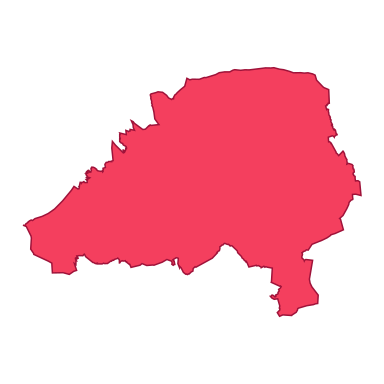 San Miguel de Allende, Guanajuato, Mexico (Robinson projection)
{"feature_id": "50627088B14909927143163", "entity_name": "San Miguel de Allende", "entity_type": "district", "adm_level": 2, "iso_a3": "MEX", "parent_name": "Mexico", "parent_adm1": "Guanajuato", "projection": "robinson", "projection_center": [-100.76, 20.913], "detail": "fine", "context": "isolated", "style": "filled", "palette": "rose", "viewbox_px": 384, "rotation_deg": 0, "n_neighbors": 0, "source": "geoboundaries", "source_scale": "gbopen_adm2", "svg_char_len": 5960}
<svg xmlns="http://www.w3.org/2000/svg" viewBox="0 0 384 384"><path d="M279.6,316.3L282.8,314.9L291.7,315.5L292.0,315.0L296.2,312.3L297.5,310.0L297.7,308.7L298.3,308.2L306.8,305.7L313.5,304.6L315.5,303.8L317.7,303.5L318.2,295.1L311.9,286.9L310.1,283.1L309.4,279.2L312.6,260.3L305.8,259.5L304.6,260.3L304.3,260.9L304.0,259.9L301.9,257.9L301.9,256.3L302.5,254.6L302.0,252.7L302.6,252.6L303.2,251.6L305.5,250.8L306.3,249.8L308.2,250.1L312.0,244.3L322.4,240.1L327.1,237.8L330.6,235.4L330.8,234.8L335.1,233.5L343.4,229.8L340.5,219.2L339.6,218.5L343.0,215.5L346.8,208.7L348.7,204.6L349.1,202.4L351.0,200.2L352.7,199.5L352.9,199.0L352.6,197.2L352.5,194.4L355.8,194.2L361.0,195.5L359.7,181.8L358.0,180.7L355.5,180.9L355.1,178.6L355.1,176.4L353.7,175.5L353.6,174.7L353.0,174.0L353.3,172.8L354.3,172.0L353.9,169.2L353.1,168.9L353.0,167.2L352.7,166.8L353.0,165.7L352.0,164.5L348.5,163.4L346.9,164.1L347.2,162.8L346.8,160.7L346.9,159.4L346.4,159.0L344.9,155.9L344.5,153.6L343.3,151.4L343.0,151.1L338.7,155.6L337.3,153.8L336.1,152.9L336.1,152.1L331.3,143.4L330.9,143.5L330.8,142.8L330.2,142.2L328.9,141.4L328.6,141.6L328.3,137.2L332.3,135.8L333.3,136.2L334.2,137.1L334.2,136.6L336.0,135.3L336.2,134.8L337.1,134.7L337.0,134.2L336.2,133.7L335.4,130.1L334.6,129.4L334.5,130.1L333.9,129.9L332.7,127.5L332.7,126.4L331.6,125.6L331.6,125.1L332.3,125.3L332.4,124.6L330.8,121.5L331.1,120.0L330.2,119.1L330.4,117.9L329.9,117.2L330.1,116.7L328.9,114.8L328.7,112.4L328.4,111.8L328.5,109.5L327.4,109.1L326.7,109.6L325.6,106.0L327.0,105.5L326.8,104.6L328.0,104.1L328.2,103.2L329.3,103.2L328.7,89.6L323.9,87.6L322.8,86.7L316.6,80.2L315.1,75.1L312.6,73.9L308.0,72.8L304.3,73.1L300.6,72.7L293.4,72.8L289.6,71.4L283.6,69.7L279.6,69.2L273.9,67.7L270.9,68.0L265.5,67.9L249.2,69.9L245.0,69.8L240.7,70.3L234.8,69.7L233.1,70.1L229.7,71.9L224.5,71.9L219.2,72.7L215.7,74.6L206.0,77.6L204.2,77.5L199.3,79.3L192.3,79.2L189.8,79.8L186.9,78.3L184.7,86.3L180.6,89.6L177.0,92.9L176.4,93.8L174.9,94.9L173.8,96.9L173.5,98.8L172.5,98.5L171.7,99.5L168.5,97.9L166.6,95.3L162.6,92.3L158.0,91.8L155.9,92.6L151.0,93.9L150.3,94.8L150.5,96.0L150.9,96.5L150.8,98.6L151.7,101.2L151.6,103.1L152.3,104.8L151.9,105.7L152.7,106.9L153.9,112.0L154.8,118.9L158.9,124.6L151.1,125.4L150.1,124.9L149.4,125.8L148.9,125.7L145.4,129.2L142.8,129.5L134.4,123.3L133.2,121.7L131.3,120.7L133.0,124.5L133.3,127.7L134.5,130.3L130.1,129.4L130.0,131.0L129.2,131.1L128.6,131.6L128.1,131.2L125.9,130.4L126.3,134.6L119.8,133.0L120.2,133.9L120.1,134.5L119.7,134.5L119.7,137.1L119.9,137.9L120.3,138.1L120.2,138.9L119.7,138.8L119.7,141.7L120.4,142.0L121.0,142.9L122.7,143.5L123.0,144.6L123.5,145.1L126.1,146.5L126.6,148.1L126.5,148.5L125.7,148.3L125.8,149.4L125.3,150.8L123.2,150.0L123.1,150.5L124.0,150.9L123.6,152.0L124.6,151.8L124.5,152.4L123.3,152.9L115.5,145.2L112.4,141.4L111.8,148.0L113.1,160.6L111.0,161.3L111.2,161.6L108.7,161.5L107.7,162.3L106.2,162.4L104.9,164.3L105.4,167.5L103.0,168.3L103.4,169.5L103.1,170.2L102.6,170.3L102.5,171.1L103.0,171.4L102.7,171.9L102.2,170.8L102.2,171.4L101.1,171.1L100.8,171.4L97.8,170.8L96.9,170.1L96.5,169.1L95.7,168.8L95.0,168.0L93.5,167.3L91.8,167.1L91.4,167.5L91.6,168.1L90.9,168.8L91.4,170.5L90.7,171.5L91.2,172.5L90.5,172.0L89.7,172.1L89.7,171.6L88.8,170.4L87.5,172.1L88.0,172.4L88.1,172.8L87.1,173.3L87.2,171.2L86.5,171.8L86.2,172.9L85.8,173.2L86.5,173.4L86.0,174.7L87.1,175.9L87.3,176.9L86.4,177.4L87.2,178.2L88.4,178.2L88.6,177.4L89.8,177.8L87.5,179.4L86.1,179.5L86.6,180.1L87.4,180.6L87.1,181.9L87.2,182.5L84.8,182.6L83.9,181.6L83.0,182.1L82.8,182.5L81.5,182.4L81.3,183.0L81.0,182.4L80.2,182.3L79.3,186.2L78.9,186.6L79.4,187.0L78.9,188.8L77.8,188.9L74.0,186.4L71.4,190.3L62.6,200.9L54.6,209.0L48.2,213.5L42.1,216.4L35.0,218.6L32.5,220.5L31.2,220.0L29.5,220.9L28.0,222.0L27.9,222.5L25.9,223.8L25.1,225.4L23.0,225.2L26.3,226.5L31.0,236.0L31.4,238.0L30.7,249.1L33.7,253.5L33.8,254.4L48.4,261.2L51.8,263.1L52.4,272.9L63.1,272.7L69.3,274.4L73.8,271.3L76.6,270.4L74.4,263.5L75.9,264.6L75.9,260.7L76.5,260.8L75.7,259.4L77.1,258.8L76.7,258.3L75.6,258.9L75.4,258.2L76.1,257.7L77.2,258.6L78.1,258.3L77.9,257.7L77.2,257.3L76.8,256.0L77.8,256.1L77.9,255.8L78.8,255.6L82.7,255.7L83.1,255.6L83.7,254.5L84.4,254.2L85.7,256.7L92.9,262.5L93.8,262.6L95.4,263.6L96.7,263.3L96.5,263.6L96.8,263.9L102.2,263.9L103.7,263.2L104.5,263.6L107.5,263.5L110.9,261.0L111.6,261.2L112.3,260.2L113.7,260.3L114.2,259.5L117.4,258.5L117.8,258.1L119.3,259.7L119.4,262.9L119.7,262.9L120.7,261.4L121.7,260.9L122.6,260.7L123.0,261.1L125.2,260.7L125.2,261.2L125.7,261.7L126.6,261.7L126.7,262.3L129.2,264.3L129.3,264.1L129.8,264.3L131.0,267.4L140.1,265.2L142.0,263.6L146.8,265.5L152.7,265.0L154.0,265.2L162.2,262.2L166.9,259.5L171.6,261.2L172.2,263.0L171.8,264.2L173.2,265.3L173.9,264.8L173.9,264.5L174.8,264.4L174.2,261.3L173.6,260.2L173.5,260.6L172.9,259.8L176.2,257.7L178.0,258.1L178.3,258.5L177.9,263.7L179.6,267.8L179.9,266.6L181.1,267.8L183.4,272.4L185.7,274.2L186.2,274.0L187.2,274.5L187.7,274.5L188.3,273.9L189.1,274.0L191.3,271.9L192.9,271.1L193.2,268.5L195.1,266.7L195.9,267.2L212.3,258.2L217.2,253.0L216.8,252.8L217.1,252.2L218.4,251.1L219.4,250.7L219.9,248.7L219.8,246.8L221.2,245.9L221.7,245.2L223.0,244.9L224.2,243.5L224.9,243.4L227.4,244.4L228.3,244.3L229.0,244.6L229.4,245.4L230.2,246.0L230.7,245.6L232.1,245.9L237.3,250.9L237.7,252.7L241.5,256.5L242.1,258.0L243.5,259.0L244.4,260.5L245.4,261.0L245.9,261.8L246.2,261.3L246.5,261.5L246.5,262.1L247.2,263.0L248.9,267.0L256.3,265.3L256.7,265.9L258.5,265.6L261.1,267.1L261.2,267.7L263.6,266.4L263.6,266.6L264.7,266.8L264.9,267.2L266.0,266.7L267.3,267.2L272.3,268.1L271.5,281.5L271.2,282.3L279.7,286.2L280.4,285.9L281.2,286.6L280.2,288.2L278.6,289.4L279.2,290.9L278.0,292.4L278.1,293.5L277.8,294.0L275.7,295.0L275.9,296.4L275.6,296.7L274.7,296.8L273.8,295.7L272.4,295.1L271.9,295.1L271.1,296.2L270.4,296.3L271.8,298.0L274.2,299.3L277.7,298.8L279.8,306.0L279.3,308.1L279.8,308.4L279.8,310.0L277.3,312.6L279.6,316.3Z" fill="#f43f5e" stroke="#9f1239" stroke-width="1.5"/></svg>